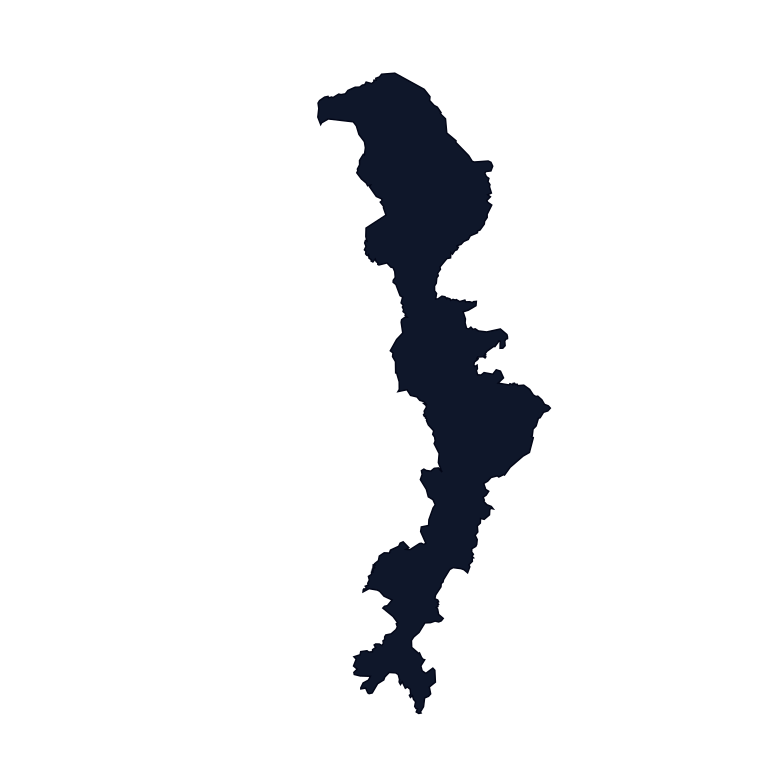 Zacapala, Puebla, Mexico (Albers equal-area conic projection), rotated 301°
{"feature_id": "50627088B97591121606853", "entity_name": "Zacapala", "entity_type": "district", "adm_level": 2, "iso_a3": "MEX", "parent_name": "Mexico", "parent_adm1": "Puebla", "projection": "albers", "projection_center": [-98.077, 18.596], "detail": "fine", "context": "isolated", "style": "filled", "palette": "ink", "viewbox_px": 768, "rotation_deg": 301, "n_neighbors": 0, "source": "geoboundaries", "source_scale": "gbopen_adm2", "svg_char_len": 6171}
<svg xmlns="http://www.w3.org/2000/svg" viewBox="0 0 768 768"><g transform="rotate(301 384 384)"><path d="M110.9,530.7L113.1,533.0L123.8,532.9L130.2,536.2L133.2,535.6L139.4,537.0L142.4,542.8L142.3,545.8L138.8,549.4L136.4,550.4L134.9,552.9L138.1,553.0L134.2,559.0L136.3,560.1L135.8,563.7L131.8,566.7L130.3,566.1L129.0,568.1L131.5,568.9L128.9,571.7L127.9,574.7L123.4,576.4L122.3,578.7L122.8,580.1L119.5,580.5L119.5,583.5L121.1,585.2L121.6,584.1L127.7,584.1L135.8,580.5L139.2,583.0L142.4,583.6L147.6,578.9L154.9,581.6L164.8,575.0L165.6,572.2L157.5,568.9L157.8,564.4L161.3,560.8L168.6,560.9L168.1,559.2L169.0,556.9L171.8,552.9L170.9,552.5L172.5,543.4L178.3,539.6L182.5,539.8L189.1,542.0L200.3,542.1L203.4,546.8L207.1,549.9L208.2,553.4L210.5,555.1L213.6,555.5L214.6,549.5L218.7,545.9L219.4,543.8L221.0,544.8L222.5,543.8L223.1,544.3L224.2,542.3L225.4,543.0L226.5,541.3L226.1,538.2L229.8,536.9L239.5,537.3L242.4,535.8L244.6,536.6L247.0,535.8L258.8,535.9L262.2,537.8L265.4,545.1L266.0,548.2L265.2,552.9L271.5,551.7L272.8,549.9L277.5,551.1L280.1,549.3L281.1,550.3L281.6,548.2L284.1,548.3L285.1,545.7L288.0,544.1L292.1,546.3L294.2,546.1L298.7,544.0L301.3,540.0L305.5,540.6L310.4,537.1L314.4,538.2L318.5,536.0L319.6,539.6L326.2,541.8L330.9,539.3L332.5,539.8L333.2,541.9L334.3,539.0L333.5,534.3L334.8,529.9L336.1,529.8L338.0,527.3L341.3,528.8L346.0,529.0L346.0,525.5L350.1,520.7L354.0,522.9L359.0,523.9L363.6,528.4L363.4,530.3L367.8,533.1L368.0,534.2L377.6,535.0L393.8,540.3L400.2,543.9L414.9,539.6L415.1,537.3L416.3,537.6L422.1,535.0L426.4,536.0L434.1,534.0L435.5,535.2L441.9,535.3L445.3,538.3L449.0,539.0L449.9,536.1L449.2,532.0L451.7,527.6L452.8,522.1L451.5,520.6L451.5,517.6L454.4,511.6L455.0,504.4L451.5,499.5L452.4,498.2L451.2,497.0L451.9,495.5L450.9,494.3L449.7,494.8L449.1,491.8L447.6,491.7L443.5,481.3L450.8,483.3L455.0,477.2L454.0,472.9L448.4,472.2L445.3,463.9L441.7,462.6L440.1,459.5L443.2,456.2L445.2,456.2L448.1,454.1L445.7,452.8L446.6,451.2L449.3,450.2L453.4,451.7L454.3,451.6L453.7,450.4L455.3,450.3L458.5,455.0L458.4,457.2L459.7,457.3L459.7,455.4L461.4,456.2L461.8,455.1L465.1,455.4L472.6,458.6L473.2,459.8L480.2,460.4L480.4,461.6L474.4,465.1L475.9,467.4L479.2,468.1L483.0,465.4L485.1,465.3L486.5,466.5L488.1,465.5L489.7,463.9L491.1,455.4L481.5,445.2L478.1,437.6L478.3,433.8L476.6,432.0L477.5,429.2L474.8,428.3L474.2,426.1L478.2,422.0L481.7,420.3L486.6,414.6L490.6,418.2L498.5,422.5L502.4,420.6L500.6,418.2L499.3,417.9L498.7,415.1L496.4,411.6L497.6,410.1L493.6,406.4L493.6,402.5L492.6,401.8L492.1,399.6L490.0,398.1L491.0,396.7L490.3,393.8L489.3,393.9L490.2,391.3L489.1,388.4L484.7,386.4L483.5,384.5L488.7,382.4L489.9,379.4L494.1,376.8L497.3,376.9L502.3,374.5L504.7,374.8L506.5,372.9L511.4,373.3L513.1,371.7L523.9,373.3L526.4,376.1L531.2,373.6L530.6,375.8L534.7,376.0L536.7,377.4L539.6,377.3L539.2,375.9L540.2,375.4L543.3,378.1L547.2,378.9L551.3,381.8L555.4,381.6L561.8,386.2L563.4,385.3L565.4,387.0L572.7,387.6L575.3,386.4L579.9,386.7L582.6,385.0L592.9,384.2L593.2,379.5L594.2,377.6L599.3,378.8L599.6,375.4L603.0,377.7L607.4,372.8L609.5,372.1L611.0,368.9L614.3,368.0L614.5,364.9L616.7,361.7L618.7,362.0L621.7,365.9L626.7,365.0L629.1,361.5L628.8,358.5L620.8,347.1L620.3,344.9L623.4,338.9L628.1,321.1L629.6,320.5L631.5,308.5L643.0,300.1L644.3,294.6L645.1,292.9L646.0,293.1L648.8,287.1L648.6,283.5L650.5,277.1L654.0,275.4L657.3,266.7L656.0,233.2L648.3,222.4L644.8,221.9L641.8,219.5L640.4,220.8L639.2,218.9L637.7,219.7L635.2,218.7L633.6,213.2L630.5,213.3L629.1,211.5L625.9,210.2L623.5,206.4L617.1,201.9L612.8,201.4L609.9,198.1L609.2,195.9L603.1,192.7L603.1,191.4L600.7,189.0L601.7,187.9L599.3,185.3L593.8,182.8L590.8,182.8L586.6,186.2L578.7,189.8L573.8,196.1L575.7,196.0L582.5,199.7L592.9,222.6L591.0,227.4L585.0,234.0L581.6,242.4L576.9,246.4L570.3,249.2L570.2,248.0L563.0,247.9L559.3,250.2L554.5,250.5L553.3,251.7L551.0,251.9L548.1,259.1L547.1,265.3L545.5,267.9L547.6,270.1L545.6,270.1L540.8,280.8L541.5,286.7L540.1,287.9L538.0,287.1L536.0,292.3L534.8,292.7L529.8,298.7L508.4,288.3L501.0,292.5L497.6,295.9L497.4,294.2L494.9,294.8L492.7,297.7L488.9,298.1L488.4,300.2L486.1,301.2L485.5,302.8L485.7,304.0L486.9,304.2L484.1,306.4L484.0,309.1L482.8,309.6L482.9,311.6L486.6,312.1L484.9,314.2L484.7,316.3L483.3,317.1L483.4,318.3L489.3,324.2L487.7,329.8L488.4,331.8L485.9,335.3L481.1,338.8L477.7,338.5L475.9,339.4L475.4,343.0L468.0,352.3L468.1,355.2L462.3,356.9L461.5,360.0L459.4,360.1L458.0,362.4L455.9,363.0L455.4,366.3L453.6,366.8L453.2,369.4L451.7,367.4L448.2,366.0L445.8,366.9L437.4,373.8L428.7,371.9L415.7,372.3L415.3,375.7L411.9,377.2L409.1,382.3L399.5,388.3L400.0,389.1L393.7,395.9L387.2,399.9L384.7,399.9L390.9,406.6L387.9,412.6L389.9,418.9L388.4,423.1L389.4,426.9L388.5,430.1L387.7,428.4L387.2,431.2L385.9,432.3L381.4,432.4L379.8,434.0L378.0,433.7L377.1,435.2L377.8,436.3L376.3,436.9L376.1,438.6L374.6,439.2L371.8,443.0L369.5,450.7L365.9,451.7L364.6,454.7L361.5,457.2L358.7,457.7L352.8,467.1L344.6,471.1L338.3,479.2L340.1,473.9L337.6,470.5L333.4,469.0L331.6,464.6L331.6,462.0L329.0,460.7L326.1,463.3L320.8,464.4L315.5,474.6L310.1,480.1L310.1,485.5L306.8,490.2L303.2,489.9L290.8,492.4L285.7,495.1L280.7,489.6L276.4,491.4L269.1,501.8L267.0,500.9L266.7,498.0L265.5,496.6L255.4,491.6L253.5,487.9L256.5,489.5L258.6,481.7L255.9,479.8L252.5,480.2L245.0,475.1L241.9,475.7L239.4,471.1L234.1,468.6L229.7,470.2L225.1,468.5L224.2,469.6L223.5,467.9L220.9,469.2L222.2,470.1L221.8,470.7L219.2,469.4L218.4,470.8L217.5,470.0L217.0,471.2L216.2,470.2L214.4,471.4L211.1,469.7L208.4,472.4L204.8,472.7L203.6,474.0L201.0,472.1L200.5,473.4L198.7,474.0L198.1,472.3L197.0,472.2L195.0,473.1L200.9,476.6L203.9,484.3L204.1,487.0L202.1,493.4L203.1,502.2L195.8,501.1L193.7,498.9L191.3,498.4L189.4,511.5L186.4,518.7L184.8,518.0L182.8,520.5L179.7,520.8L173.5,518.8L169.8,514.8L167.6,514.8L165.2,516.2L163.3,515.4L161.4,517.1L158.7,516.9L158.7,514.0L156.9,510.8L155.2,510.0L153.8,512.6L150.5,511.0L148.6,512.1L146.4,509.0L146.6,506.8L142.6,501.9L139.6,503.0L134.7,498.7L133.8,501.9L126.6,503.1L125.8,507.9L121.3,506.7L119.7,508.1L121.5,514.0L126.5,522.9L122.2,523.2L117.0,520.1L111.6,520.6L110.7,521.2L113.9,524.9L110.9,529.2L110.9,530.7Z" fill="#0f172a" stroke="#020617" stroke-width="1.5"/></g></svg>